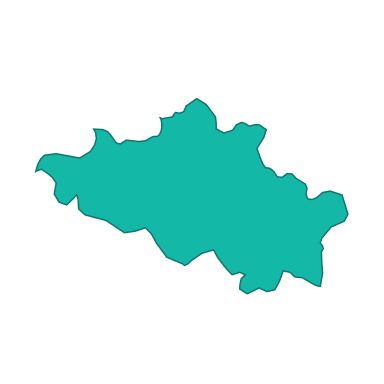 the border of Haskovo, rotated 188°
{"feature_id": "BGR-2232", "entity_name": "Haskovo", "entity_type": "Province", "adm_level": 1, "iso_a3": "BGR", "parent_name": "Bulgaria", "parent_adm1": "", "projection": "natural_earth1", "projection_center": [25.843, 41.878], "detail": "fine", "context": "isolated", "style": "filled", "palette": "teal", "viewbox_px": 384, "rotation_deg": 188, "n_neighbors": 0, "source": "natural_earth", "source_scale": "10m", "svg_char_len": 1755}
<svg xmlns="http://www.w3.org/2000/svg" viewBox="0 0 384 384"><g transform="rotate(188 192 192)"><path d="M349.5,190.8L349.3,192.9L348.4,198.3L346.4,203.7L343.3,207.8L332.1,211.0L307.9,210.0L298.2,218.0L294.9,225.1L294.1,231.6L295.7,237.5L298.1,240.6L289.1,241.4L284.1,240.1L281.1,237.7L274.8,230.9L272.9,229.8L269.5,229.6L264.4,234.2L251.5,234.6L245.2,236.2L238.9,241.1L237.2,241.8L235.6,241.9L234.0,242.3L232.4,244.0L231.1,247.7L230.9,252.0L231.6,256.2L232.7,259.6L233.8,261.1L233.6,261.1L232.1,260.3L222.1,263.5L219.5,268.4L215.2,268.3L211.4,270.3L209.7,276.4L200.3,285.1L190.0,280.5L179.3,269.7L177.7,263.9L176.8,257.8L168.6,254.9L160.3,258.8L157.5,264.6L152.7,267.8L148.6,267.1L144.6,265.1L139.5,267.2L135.0,268.0L127.1,264.1L128.5,256.0L133.8,244.2L127.6,232.4L125.1,228.8L122.5,226.3L118.1,226.3L114.1,223.9L109.7,218.9L104.6,219.1L100.5,223.4L95.5,223.8L90.4,219.7L80.8,215.6L78.6,211.4L78.9,205.7L76.3,201.2L71.9,201.3L67.9,203.6L62.5,209.7L55.4,212.1L43.0,209.9L34.5,191.7L37.2,184.3L49.3,176.8L57.2,164.1L57.9,159.4L55.3,156.8L54.1,154.1L55.5,150.8L53.7,140.2L51.4,130.1L51.8,116.5L54.0,116.4L57.5,117.1L62.5,119.1L70.8,122.5L75.9,122.2L78.6,122.4L80.4,123.6L83.0,125.8L85.7,126.4L88.3,126.3L90.7,126.7L92.9,116.2L96.4,106.7L104.1,103.8L112.0,106.4L123.3,98.9L131.3,102.6L131.6,107.8L131.2,112.9L127.7,117.5L133.5,119.1L140.8,115.7L147.4,120.9L157.1,130.3L162.6,137.7L173.6,132.7L183.4,123.8L186.0,120.3L189.2,118.2L191.2,119.5L207.9,123.9L220.2,136.6L226.3,144.9L233.1,150.1L242.9,145.3L253.2,142.3L273.3,151.9L294.8,154.5L301.9,159.5L303.7,168.7L305.8,173.3L309.3,168.1L314.3,161.8L322.3,163.5L328.1,170.8L327.7,182.0L332.5,187.2L338.4,190.8L344.3,193.6L349.4,190.9L349.5,190.8Z" fill="#14b8a6" stroke="#0f766e" stroke-width="1.5"/></g></svg>